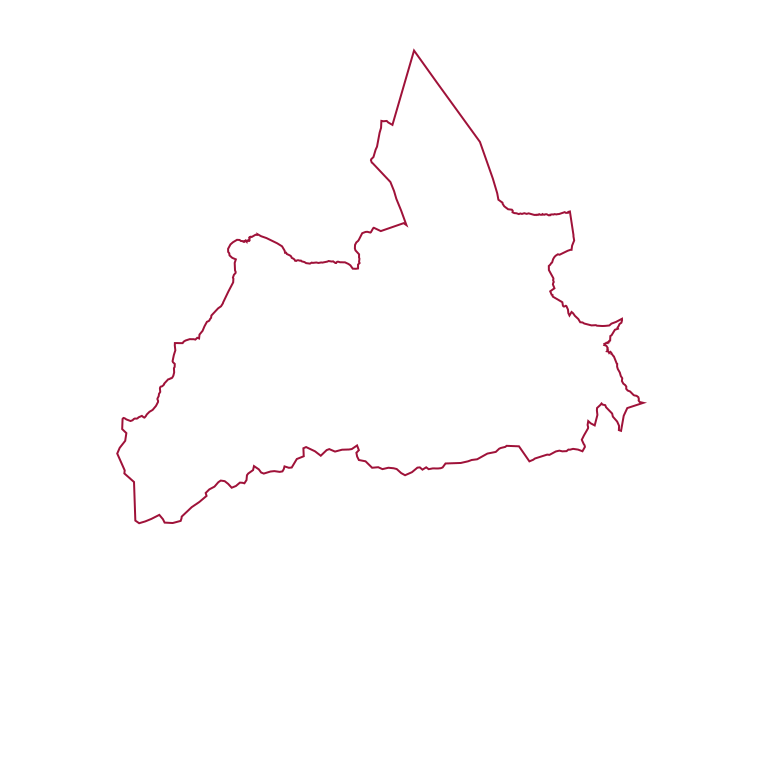 Kwaebibirem, Eastern, Ghana, rotated 132°
{"feature_id": "2480657B54074930978119", "entity_name": "Kwaebibirem", "entity_type": "district", "adm_level": 2, "iso_a3": "GHA", "parent_name": "Ghana", "parent_adm1": "Eastern", "projection": "mercator", "projection_center": [-0.887, 6.234], "detail": "fine", "context": "isolated", "style": "outline", "palette": "rose", "viewbox_px": 768, "rotation_deg": 132, "n_neighbors": 0, "source": "geoboundaries", "source_scale": "gbopen_adm2", "svg_char_len": 6166}
<svg xmlns="http://www.w3.org/2000/svg" viewBox="0 0 768 768"><g transform="rotate(132 384 384)"><path d="M448.3,328.2L443.3,324.7L440.2,320.5L438.7,317.7L438.7,311.6L437.7,307.3L430.8,304.2L423.8,303.2L422.0,301.6L421.9,298.1L417.7,296.9L417.4,293.8L414.1,291.3L410.6,287.3L408.6,285.5L406.8,284.6L401.9,285.1L391.3,274.1L385.2,269.8L381.8,268.0L377.6,264.4L366.5,260.6L359.7,255.5L355.0,255.1L353.4,254.4L349.6,251.8L347.9,251.5L340.0,242.0L344.2,224.2L340.4,222.4L338.4,222.0L327.3,215.5L325.9,213.6L319.2,211.2L316.2,209.1L314.7,206.4L311.7,203.4L309.4,203.1L308.3,201.8L305.7,200.1L302.9,195.9L301.2,191.5L296.3,192.6L295.3,194.0L294.9,195.6L293.1,199.7L288.4,201.0L280.5,202.7L279.5,203.4L278.2,205.3L274.9,207.4L274.9,204.0L273.8,199.7L264.2,204.7L261.1,208.2L259.3,209.6L254.9,209.2L252.9,209.3L253.1,207.9L251.7,205.4L252.7,203.4L253.3,194.7L255.1,192.1L255.9,185.6L257.8,181.3L261.1,178.6L260.2,176.5L247.2,184.6L239.1,187.1L224.5,178.7L226.3,181.9L225.9,183.7L224.6,184.6L223.6,186.2L223.8,188.4L225.0,190.4L225.2,191.1L224.9,196.1L225.8,198.6L225.5,200.8L223.8,202.2L223.4,204.0L223.6,206.4L222.6,209.2L220.3,210.8L219.6,213.4L217.7,216.4L216.4,220.3L215.1,222.4L213.0,224.2L213.1,224.7L209.7,231.6L209.7,232.9L209.2,234.4L209.5,235.1L208.8,235.7L208.6,237.2L210.3,237.4L209.7,238.9L210.5,240.2L208.9,240.4L209.0,241.0L208.6,241.5L207.8,241.6L207.5,241.9L206.8,244.4L207.7,246.4L207.0,246.6L206.7,247.1L205.5,246.4L204.6,246.4L204.0,245.3L203.5,245.7L203.1,245.6L202.8,245.0L202.3,245.3L201.6,245.0L201.1,245.5L200.3,245.1L196.9,247.9L195.5,247.5L189.2,248.7L186.3,247.1L185.8,248.2L184.4,248.3L181.8,249.1L179.6,248.6L177.3,249.8L176.3,250.8L182.6,253.1L187.0,255.4L189.7,255.7L192.4,258.1L194.7,260.4L198.2,264.8L198.5,265.9L201.6,269.0L205.1,275.7L205.4,277.6L206.8,279.5L205.7,283.1L205.6,287.8L204.9,290.8L205.0,292.8L209.0,292.0L208.0,294.4L205.6,297.1L204.1,300.5L204.2,301.2L205.8,301.9L206.2,302.4L206.1,303.4L203.9,306.2L206.1,316.9L206.0,317.3L205.1,318.3L205.5,319.1L203.9,322.5L198.8,321.4L197.0,325.1L195.8,325.8L194.6,326.1L193.6,327.9L192.5,328.4L192.0,329.1L189.0,337.7L186.0,340.5L184.0,340.3L182.6,340.6L181.2,340.4L178.2,341.8L176.0,342.3L173.9,342.3L171.3,341.6L170.4,340.0L162.0,336.6L159.5,335.2L158.8,334.4L155.3,336.8L150.1,338.7L147.5,342.0L146.5,342.9L131.4,361.3L132.8,362.2L133.6,361.8L135.1,363.3L135.4,364.7L140.5,367.6L141.9,368.9L142.4,369.1L143.8,371.1L144.5,371.3L145.6,372.7L146.9,373.7L147.3,373.4L148.4,374.4L149.0,376.7L150.1,377.8L150.7,377.9L151.4,378.8L151.7,379.9L152.5,379.8L153.8,381.3L153.9,382.2L155.1,382.9L155.4,382.8L155.9,383.7L156.7,384.0L157.1,384.9L157.7,385.3L160.4,390.7L162.1,391.8L163.2,394.0L165.3,395.3L166.1,396.8L167.5,397.5L168.5,399.8L169.8,401.5L170.4,403.4L169.1,404.3L168.9,405.6L171.1,408.7L171.5,413.5L170.7,416.4L170.0,417.2L170.5,422.3L166.5,427.5L158.5,440.6L139.9,474.7L124.6,546.3L116.1,584.8L185.8,551.1L186.8,555.9L186.7,558.0L189.1,560.2L190.2,562.0L195.6,557.6L200.2,555.4L212.3,548.0L215.5,547.0L222.4,543.7L225.4,543.9L226.4,543.5L227.6,541.3L227.5,540.1L229.6,514.4L233.9,505.6L238.1,498.8L243.7,487.2L250.9,473.7L251.3,477.0L272.5,488.7L274.7,496.1L275.4,496.3L280.0,495.3L280.6,495.5L282.1,498.3L283.4,499.5L286.5,501.1L293.6,499.2L294.9,499.0L297.3,499.3L300.0,498.6L302.7,496.4L303.8,494.6L304.3,489.3L306.7,487.2L307.3,486.1L310.0,484.2L310.4,483.1L312.6,483.2L315.5,480.6L317.2,482.0L319.2,484.4L318.3,488.4L318.6,490.8L319.7,494.4L323.0,498.2L323.7,499.8L324.4,500.5L325.2,500.7L326.1,500.5L326.6,501.1L326.9,503.9L327.9,504.7L329.7,507.5L330.8,507.9L335.0,511.0L335.7,512.0L337.9,513.7L339.0,515.6L341.7,518.0L342.1,518.9L344.1,519.6L346.3,522.8L346.6,524.7L347.9,527.2L347.9,528.4L348.6,528.9L349.3,530.4L350.2,531.3L351.3,531.6L351.9,532.6L351.4,533.7L351.5,535.3L352.0,537.0L351.3,538.4L351.4,539.9L352.4,543.2L351.9,544.6L352.7,545.3L351.4,547.1L349.9,551.9L350.9,557.5L354.2,569.0L356.4,574.2L357.3,578.2L357.6,577.8L358.0,577.9L359.0,579.3L363.3,580.7L363.6,581.5L364.6,582.1L365.1,581.6L365.6,581.9L366.3,580.9L366.9,580.9L367.2,580.0L367.8,579.9L368.2,580.6L368.6,580.7L368.3,581.2L369.7,582.2L370.1,581.8L370.0,582.6L370.6,582.4L371.0,583.3L371.9,583.0L372.4,583.6L372.2,584.4L373.5,586.1L373.6,587.7L375.2,589.7L379.7,591.1L383.0,591.5L387.9,590.3L390.1,588.2L390.4,586.5L391.8,584.8L391.8,581.2L390.5,577.5L393.9,576.0L399.2,570.8L400.0,569.2L400.8,568.6L403.3,568.6L406.1,567.4L406.5,566.4L409.4,564.1L419.5,561.5L431.1,558.1L431.8,557.7L435.3,557.1L438.7,557.9L448.6,558.1L450.5,556.8L452.4,556.7L453.6,556.3L454.5,556.4L456.3,557.2L461.3,556.0L465.9,554.4L470.7,554.2L473.9,551.9L474.6,553.7L477.2,553.9L478.1,555.5L480.7,558.4L484.5,560.6L486.6,561.2L488.4,561.0L493.5,566.8L495.3,565.3L498.6,561.6L503.2,559.5L508.5,556.4L509.0,555.4L509.1,552.9L511.4,551.0L512.8,550.7L515.8,547.7L518.8,546.1L521.1,545.6L522.1,545.9L522.7,546.5L523.7,546.6L524.9,547.5L530.9,547.6L531.5,547.1L534.0,547.3L535.5,548.2L536.5,548.0L537.3,547.5L539.6,545.0L541.9,544.6L543.8,543.3L546.4,542.6L546.9,542.2L547.7,540.6L548.6,539.9L552.8,538.8L558.1,538.6L561.6,539.7L565.4,539.9L567.3,539.5L569.2,539.5L569.6,540.3L569.7,542.6L573.0,544.1L574.5,544.2L575.4,544.8L576.3,546.0L577.4,546.5L579.2,546.6L581.1,547.6L582.7,551.7L583.0,553.8L583.6,554.9L584.9,554.9L592.7,548.4L592.9,542.6L599.4,538.3L608.3,537.7L614.2,535.7L621.7,518.9L624.2,517.1L624.1,504.2L651.9,477.4L651.3,472.8L645.9,469.5L639.9,466.6L631.6,463.4L632.4,457.8L633.8,454.3L628.7,448.0L621.8,443.5L619.3,444.6L617.9,445.6L604.2,444.5L595.3,442.3L585.9,441.0L584.3,443.6L579.2,443.3L573.7,441.3L567.8,441.4L565.0,440.7L562.8,437.4L562.5,433.0L563.0,427.8L558.9,425.8L553.7,425.1L552.2,423.2L551.2,421.3L547.4,421.9L543.5,424.8L541.4,425.0L535.6,423.7L532.0,425.7L531.2,419.9L532.0,416.1L531.0,413.4L525.0,409.8L522.1,407.2L519.1,402.7L516.9,401.0L514.4,401.5L511.8,402.8L509.9,398.6L507.8,396.7L498.1,398.6L491.4,395.3L485.7,400.9L483.0,399.7L480.2,390.3L479.6,383.0L471.5,382.4L469.0,381.1L467.0,375.2L460.9,371.2L456.1,366.2L453.9,364.4L447.7,362.9L450.0,358.4L453.6,358.5L455.9,355.4L457.3,351.8L453.8,346.0L454.2,336.8L449.7,332.6L448.3,328.2Z" fill="none" stroke="#9f1239" stroke-width="2"/></g></svg>